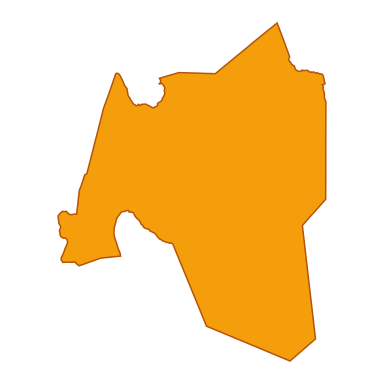 the district of Bamako, Bamako, Mali
{"feature_id": "8926073B70420899930674", "entity_name": "Bamako", "entity_type": "district", "adm_level": 2, "iso_a3": "MLI", "parent_name": "Mali", "parent_adm1": "Bamako", "projection": "mercator", "projection_center": [-7.996, 12.607], "detail": "fine", "context": "isolated", "style": "filled", "palette": "amber", "viewbox_px": 384, "rotation_deg": 0, "n_neighbors": 0, "source": "geoboundaries", "source_scale": "gbopen_adm2", "svg_char_len": 3895}
<svg xmlns="http://www.w3.org/2000/svg" viewBox="0 0 384 384"><path d="M298.6,71.2L298.2,71.0L297.7,70.8L296.9,70.6L296.5,70.3L295.9,69.8L295.5,69.1L295.1,68.7L294.8,67.2L294.4,66.7L294.2,66.2L294.3,65.9L293.2,65.4L292.6,65.2L292.3,64.5L291.9,64.4L291.0,63.8L291.1,62.9L289.8,61.6L289.6,61.4L289.2,60.9L288.9,60.7L289.1,60.2L288.7,59.6L288.6,59.2L288.7,58.4L289.0,57.8L289.7,57.1L289.7,56.8L289.6,56.5L288.6,53.9L286.4,47.9L283.9,40.9L277.1,23.0L262.2,35.0L255.1,40.8L245.9,48.5L237.0,55.8L230.9,60.8L224.7,65.9L215.3,73.7L209.4,73.5L203.9,73.4L197.1,73.1L191.7,73.0L183.5,72.7L181.1,72.7L178.7,72.6L159.4,78.3L160.0,79.2L160.5,80.1L160.6,80.6L160.5,81.3L160.5,82.2L160.3,82.6L160.0,83.3L159.2,83.8L159.5,84.0L161.1,83.6L161.7,83.5L162.3,83.7L164.1,86.4L164.6,87.2L164.8,88.2L164.3,90.4L164.4,91.3L164.7,92.6L164.8,93.6L164.3,94.9L163.8,96.0L163.5,96.6L163.3,97.0L162.1,99.1L162.2,99.5L162.2,99.8L162.0,100.1L160.8,101.4L160.2,101.8L157.8,103.1L157.5,103.7L157.5,105.3L157.3,105.5L157.1,105.7L156.9,106.0L154.7,107.2L153.5,107.8L153.4,107.8L153.2,107.9L151.3,107.1L149.9,106.1L147.5,105.1L145.9,104.1L143.0,104.2L141.2,104.4L140.8,104.8L140.6,105.3L139.8,105.5L139.5,105.2L139.0,104.7L138.3,104.3L137.8,104.9L137.4,105.6L135.8,105.6L134.8,104.7L133.3,103.8L132.5,102.6L131.8,101.3L130.8,100.2L129.8,98.1L129.6,97.8L128.1,95.5L127.5,91.6L126.9,88.3L125.2,86.3L125.1,86.0L124.7,85.5L123.9,84.0L122.9,81.1L121.6,78.6L120.4,76.3L119.7,75.1L118.7,73.9L117.8,73.4L117.0,73.3L116.1,73.4L115.4,74.6L112.8,82.4L109.9,90.7L109.5,91.9L108.0,96.1L103.5,108.5L101.4,116.8L98.7,127.5L97.2,133.5L96.0,138.0L91.4,156.1L89.6,163.1L89.2,164.6L89.0,165.3L86.8,173.8L84.8,174.8L84.7,174.9L81.9,183.7L79.3,190.5L76.8,212.8L76.5,214.2L74.8,214.0L72.3,214.5L70.3,214.7L68.5,213.6L67.7,212.8L66.4,211.4L64.5,211.5L62.2,211.5L60.3,213.1L59.5,214.0L58.1,216.0L58.3,218.8L58.7,221.8L59.0,223.7L60.0,225.4L60.8,227.2L60.2,228.5L59.4,231.1L60.1,233.3L60.0,234.9L61.0,236.8L63.1,238.1L65.4,238.0L67.0,239.6L67.6,242.1L66.8,244.7L65.0,248.7L63.6,252.9L62.5,255.2L61.3,257.6L61.1,259.8L62.8,262.4L67.5,262.1L71.2,262.3L75.4,262.0L75.8,262.8L76.0,263.4L76.3,263.6L79.1,265.8L84.5,263.9L90.3,261.8L93.8,260.6L100.7,258.1L107.0,257.5L120.6,256.1L120.1,253.4L118.7,249.8L117.5,246.6L116.9,244.1L115.4,240.0L115.1,239.0L114.3,235.7L113.9,234.0L114.2,228.1L115.7,222.6L116.1,220.3L117.0,218.0L117.2,217.6L121.6,211.8L123.9,211.6L125.2,211.2L126.9,210.6L128.6,210.5L129.2,212.1L130.0,211.9L130.7,212.1L131.4,212.2L132.1,212.2L133.2,212.7L135.6,217.0L137.3,218.8L138.8,219.9L140.1,221.6L141.0,224.1L143.3,226.1L143.5,227.2L144.9,228.1L146.4,228.7L148.7,229.2L149.7,230.7L150.4,231.1L151.0,231.4L154.6,233.2L156.1,234.7L157.7,237.0L159.4,238.9L161.0,239.6L162.5,240.7L164.2,241.5L165.3,241.7L166.5,242.4L167.8,242.5L168.6,242.6L169.7,243.3L169.9,243.3L170.3,243.1L171.1,242.9L172.8,243.9L175.4,250.3L188.7,282.7L191.3,289.0L206.5,326.2L251.9,345.1L290.0,361.0L315.5,338.9L311.8,307.0L308.4,277.9L307.5,270.0L306.2,258.8L304.7,245.8L302.4,225.5L309.2,217.7L313.1,213.4L314.5,211.9L325.7,199.2L325.8,133.4L325.9,101.9L325.3,100.1L324.7,98.8L324.6,98.4L324.5,98.1L324.3,97.3L324.5,96.2L324.5,95.6L324.4,94.8L324.2,92.9L324.2,92.7L324.1,92.0L323.3,89.8L323.1,89.3L323.2,87.9L323.3,87.6L323.2,87.3L323.2,87.0L323.0,86.3L322.6,85.5L322.4,84.7L323.1,84.5L324.0,84.5L324.3,84.5L324.7,84.0L325.0,83.5L324.9,83.2L324.7,82.3L324.4,81.5L324.3,80.9L324.2,80.1L324.1,79.7L324.0,79.2L323.9,78.9L323.8,78.0L323.5,77.2L323.4,76.5L323.3,76.0L323.1,75.5L322.8,75.0L322.5,74.5L322.2,74.2L321.0,73.8L320.1,73.9L319.6,73.9L319.1,73.6L318.6,73.2L317.2,72.8L316.8,72.8L316.0,73.4L315.5,73.2L315.0,72.6L313.5,71.9L312.2,72.4L311.4,71.9L310.6,72.4L309.8,72.0L309.2,71.7L308.2,70.8L307.9,70.5L306.6,70.4L306.0,70.3L304.3,70.6L303.4,70.4L302.4,70.5L301.9,70.1L300.9,71.2L300.1,71.2L299.2,71.6L298.6,71.2Z" fill="#f59e0b" stroke="#b45309" stroke-width="1.5"/></svg>